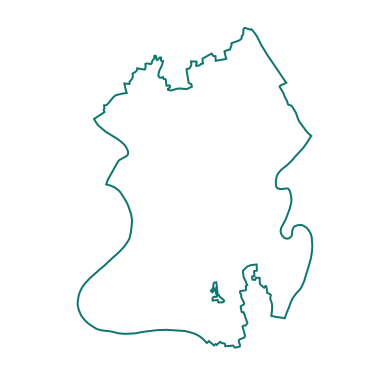 Nam Truc, Nam Định, Vietnam (Mercator projection), rotated 175°
{"feature_id": "81297802B82332241258399", "entity_name": "Nam Truc", "entity_type": "district", "adm_level": 2, "iso_a3": "VNM", "parent_name": "Vietnam", "parent_adm1": "Nam Định", "projection": "mercator", "projection_center": [106.206, 20.335], "detail": "fine", "context": "isolated", "style": "outline", "palette": "teal", "viewbox_px": 384, "rotation_deg": 175, "n_neighbors": 0, "source": "geoboundaries", "source_scale": "gbopen_adm2", "svg_char_len": 5902}
<svg xmlns="http://www.w3.org/2000/svg" viewBox="0 0 384 384"><g transform="rotate(175 192 192)"><path d="M110.6,58.1L107.6,64.7L105.7,68.1L103.3,73.4L101.4,76.8L97.2,81.7L93.5,85.0L91.8,86.8L90.0,89.8L87.8,93.9L85.4,100.2L82.5,107.1L79.2,116.0L77.6,122.7L76.9,127.2L76.8,129.5L76.7,136.2L76.9,137.8L77.3,139.7L78.5,142.6L79.5,144.4L81.0,146.4L82.1,147.4L84.1,148.8L85.6,149.5L86.8,149.7L87.8,149.7L90.3,149.6L93.1,148.7L93.8,147.9L94.9,146.1L95.6,144.2L96.1,141.0L96.5,139.8L97.6,138.6L98.3,138.1L99.2,137.5L100.0,137.3L100.8,137.2L101.7,137.3L102.9,137.7L103.9,138.2L105.4,139.9L106.8,142.5L107.1,143.9L107.1,145.2L106.9,146.8L106.0,149.0L101.2,156.3L97.5,163.8L96.0,167.2L94.2,172.4L93.8,173.8L93.6,177.2L93.7,180.4L94.4,184.1L95.1,185.8L95.9,186.9L97.0,187.3L102.4,187.1L104.0,187.3L105.9,188.0L106.6,188.5L107.5,189.7L107.7,190.5L107.8,191.4L107.6,195.1L107.0,197.8L106.3,200.0L105.7,201.2L103.9,203.7L102.1,205.5L100.3,207.0L94.7,210.6L90.9,213.7L89.8,214.6L85.9,218.5L77.7,225.9L73.3,230.9L68.3,237.6L70.9,240.1L72.0,241.5L73.5,243.8L78.8,252.5L80.1,255.8L81.5,261.7L84.3,267.5L85.2,269.0L85.6,269.4L86.5,269.8L87.9,270.3L88.7,270.9L89.4,274.4L91.4,278.9L92.0,281.9L95.3,288.6L95.5,289.4L95.3,289.8L95.0,290.1L93.1,290.9L88.6,292.6L104.7,321.4L107.0,325.9L109.9,331.8L113.6,341.1L115.2,344.0L117.2,347.1L118.7,349.0L119.3,348.8L120.6,348.9L124.1,350.6L125.3,350.8L126.1,350.3L126.7,348.8L127.1,345.5L127.3,344.7L127.8,343.8L129.0,342.8L129.1,341.0L129.6,340.2L130.8,339.4L132.3,338.7L136.4,337.6L139.6,336.9L139.8,336.6L139.8,334.7L141.1,332.3L141.6,330.7L144.7,330.1L147.4,329.3L146.9,325.3L146.3,321.6L156.9,320.6L156.8,325.3L158.1,325.4L159.1,325.9L160.4,328.2L169.8,324.0L170.1,321.7L169.8,319.1L170.0,318.9L171.5,318.9L172.1,318.7L173.2,317.7L173.9,317.5L176.3,317.2L176.6,317.2L176.9,317.4L176.8,318.1L176.1,320.7L176.2,321.5L181.6,322.2L181.5,319.6L181.6,318.8L182.9,316.4L183.8,315.4L184.7,315.1L186.5,314.9L186.7,314.7L186.8,314.4L186.6,310.7L186.4,308.5L185.8,301.2L185.4,300.5L183.5,299.8L183.2,299.3L183.0,296.9L188.2,295.0L188.9,295.0L189.9,295.3L191.6,295.5L194.3,296.1L196.4,296.2L198.7,296.1L202.6,295.1L203.9,295.0L206.2,295.5L207.1,296.0L207.2,296.4L207.0,296.8L205.9,297.3L205.2,298.0L204.8,298.5L204.6,299.2L204.8,299.7L205.3,300.2L207.8,300.0L208.2,300.3L208.3,305.7L208.5,306.5L208.8,306.8L209.8,306.9L210.4,307.2L210.8,308.3L210.9,309.0L212.4,308.5L214.2,308.8L214.6,309.1L214.9,309.6L215.3,310.9L215.1,312.4L214.5,314.3L213.8,316.0L211.4,320.0L210.3,322.3L209.4,324.9L210.9,325.3L211.4,325.8L211.4,326.4L211.0,328.0L211.1,328.6L211.4,328.8L212.3,328.8L213.0,328.3L214.3,327.0L214.9,326.5L215.5,326.5L215.9,327.4L215.9,329.9L216.1,330.7L216.7,331.0L217.4,331.0L217.8,330.5L217.9,328.7L218.1,328.3L220.2,326.1L220.8,324.0L221.4,323.2L221.9,323.0L224.6,323.8L226.1,324.0L227.4,323.5L227.2,321.4L227.4,320.5L228.2,318.2L229.6,318.3L235.8,320.0L236.0,318.6L236.7,317.5L237.7,316.7L239.1,315.9L240.5,315.4L241.0,314.9L240.8,313.5L240.9,312.2L241.2,311.4L241.6,310.4L242.3,309.5L244.4,307.4L245.0,305.1L249.9,306.0L249.2,300.2L248.4,296.3L250.9,296.2L255.2,295.8L259.5,295.0L260.7,294.3L262.3,293.1L267.1,288.2L269.2,286.3L270.5,285.9L272.0,286.0L272.0,282.8L272.8,281.8L272.8,281.0L272.2,279.4L272.4,279.1L280.5,274.8L283.2,273.3L281.6,269.9L279.6,266.5L273.1,259.9L270.1,257.6L262.1,251.7L260.1,250.0L256.8,246.7L255.5,245.2L253.8,242.7L252.4,238.7L252.3,237.8L252.3,235.7L252.6,235.0L253.4,234.1L255.6,232.8L260.9,230.5L261.8,230.0L263.1,228.7L274.9,211.4L276.8,207.1L272.6,205.5L269.3,203.7L267.2,202.1L265.1,200.1L263.7,198.4L261.9,195.3L259.6,190.8L257.8,186.9L256.5,182.9L254.5,174.7L254.3,171.4L254.3,168.3L255.2,163.0L256.4,157.2L257.6,153.7L257.9,152.3L258.4,151.1L259.9,148.8L263.8,144.0L270.0,138.4L276.6,133.5L286.4,125.8L291.2,122.6L293.0,121.1L300.4,115.7L305.9,110.9L308.2,108.4L310.2,105.9L312.2,102.6L313.7,99.2L315.2,93.7L315.6,91.5L315.7,89.1L315.1,84.6L313.4,79.2L312.1,76.7L308.9,72.3L307.0,70.3L305.0,68.5L299.5,64.3L297.7,63.3L293.6,61.9L285.8,60.4L282.5,59.4L278.3,57.8L273.7,56.9L270.5,56.5L266.8,56.3L260.7,56.2L257.8,56.4L253.9,56.9L240.1,57.4L235.9,57.3L229.2,56.9L211.0,54.1L205.2,52.1L200.9,50.2L196.4,47.1L193.0,43.6L190.4,40.3L188.0,42.0L187.5,41.3L183.4,37.2L181.7,38.4L180.7,37.5L179.4,38.6L177.3,40.1L176.7,40.1L176.3,39.9L175.7,38.9L175.2,38.7L173.5,38.5L172.7,38.1L172.4,37.6L172.3,35.5L164.3,35.4L162.8,33.2L158.8,33.7L157.8,34.1L157.5,34.7L157.5,35.3L158.4,38.9L158.4,39.7L157.9,40.7L157.4,41.0L153.0,42.3L152.2,42.9L151.9,43.5L151.8,44.5L152.0,46.2L152.7,50.0L153.2,51.9L153.2,53.8L152.7,54.3L152.3,54.4L150.2,54.3L148.5,56.2L148.2,56.7L148.3,57.5L148.8,58.7L151.0,67.5L151.3,67.9L152.7,67.9L153.0,68.3L153.4,71.7L153.5,73.4L153.1,74.2L151.2,75.0L149.9,75.8L149.7,76.2L150.1,78.0L151.8,82.1L152.1,83.2L151.9,85.3L152.9,87.2L152.8,88.6L152.5,89.0L152.1,89.2L148.1,89.3L147.1,89.5L146.8,89.7L146.5,93.5L146.3,93.9L145.1,94.5L145.8,96.3L146.5,99.1L147.8,101.9L148.0,102.9L148.2,109.0L144.3,112.3L143.0,113.1L139.6,114.0L134.0,114.2L134.1,110.0L134.2,108.2L134.5,107.9L136.5,107.9L137.1,107.6L137.1,103.0L137.3,102.8L139.5,102.6L139.6,101.4L139.4,99.4L136.7,99.0L135.8,101.0L132.1,100.5L132.4,95.8L132.2,94.5L131.3,93.1L128.7,90.5L128.5,90.4L128.2,90.5L127.0,92.0L126.5,91.9L126.0,89.8L125.9,86.4L125.9,85.0L124.0,84.0L122.5,82.7L122.5,82.0L123.0,80.8L123.2,80.0L123.3,78.4L122.2,74.2L122.1,73.2L122.1,71.3L122.6,67.1L123.8,61.7L118.7,60.1L112.5,58.7L110.6,58.1ZM175.9,82.2L180.9,82.1L180.9,83.2L180.6,84.6L179.8,85.5L179.4,85.7L178.9,85.7L177.1,85.3L176.7,85.4L176.2,85.9L176.2,86.6L176.7,88.1L177.6,93.7L180.3,90.3L181.5,91.3L181.7,92.0L180.1,93.6L179.4,94.5L179.2,95.3L178.9,97.2L178.2,99.5L177.6,99.8L175.8,100.0L175.6,98.1L175.4,94.4L175.4,88.8L175.2,87.2L174.1,86.9L173.7,85.5L173.4,85.0L170.7,82.6L170.0,81.8L169.4,80.8L170.2,79.9L170.7,79.5L175.0,79.6L175.6,80.2L175.9,82.2Z" fill="none" stroke="#0f766e" stroke-width="2"/></g></svg>